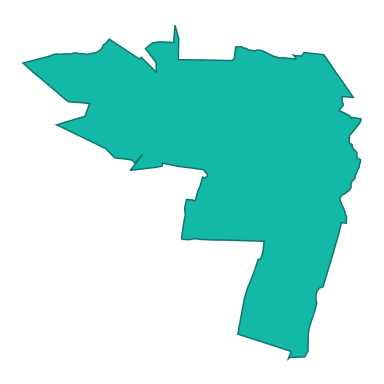 Santa Cruz Xoxocotlán, Oaxaca, Mexico (Albers equal-area conic projection)
{"feature_id": "50627088B97007763045384", "entity_name": "Santa Cruz Xoxocotlán", "entity_type": "district", "adm_level": 2, "iso_a3": "MEX", "parent_name": "Mexico", "parent_adm1": "Oaxaca", "projection": "albers", "projection_center": [-96.747, 17.01], "detail": "fine", "context": "isolated", "style": "filled", "palette": "teal", "viewbox_px": 384, "rotation_deg": 0, "n_neighbors": 0, "source": "geoboundaries", "source_scale": "gbopen_adm2", "svg_char_len": 5379}
<svg xmlns="http://www.w3.org/2000/svg" viewBox="0 0 384 384"><path d="M182.3,232.7L181.5,238.5L182.0,239.3L187.1,239.6L189.1,239.7L192.5,239.0L192.9,238.9L197.8,238.8L199.1,239.4L200.3,239.5L200.5,239.4L203.7,239.5L207.5,239.7L208.4,239.8L214.3,240.0L222.7,240.1L227.5,240.1L230.4,240.2L238.8,240.5L249.9,240.8L256.8,241.0L257.7,241.0L264.1,241.3L263.7,245.0L263.5,247.6L263.3,248.8L263.2,250.0L263.0,251.5L262.9,252.1L262.6,252.9L262.4,253.6L262.3,254.0L261.9,255.1L261.6,256.2L260.6,259.3L260.0,259.3L258.3,259.2L258.1,259.6L257.5,261.5L256.8,263.7L256.6,264.4L256.4,265.0L256.1,265.7L255.5,267.7L254.8,269.6L254.5,270.5L254.2,271.4L253.8,272.7L253.4,273.7L252.6,275.7L251.7,277.8L251.0,279.7L250.7,280.6L250.3,281.4L249.6,283.2L248.8,285.1L248.4,285.9L248.2,286.4L248.0,287.0L247.6,288.2L247.3,288.9L246.8,290.5L246.3,292.3L245.7,294.0L245.2,295.8L244.9,296.6L244.4,298.3L244.3,298.9L237.8,334.1L289.4,350.8L291.0,352.1L289.4,356.0L288.4,358.7L290.1,357.4L291.5,357.3L293.6,357.3L299.8,357.1L300.0,357.1L304.7,356.9L307.9,351.3L308.0,350.1L308.3,334.5L309.2,327.9L311.4,320.8L314.3,312.4L316.7,303.5L315.9,299.1L316.0,295.2L316.8,291.6L319.1,288.3L323.0,286.8L323.4,285.8L332.5,255.3L338.3,235.3L340.1,228.2L341.4,222.8L342.1,222.8L345.6,223.1L346.3,223.2L346.2,222.1L346.2,221.2L346.5,220.1L346.6,217.7L346.4,216.3L345.6,214.6L345.2,213.5L344.9,211.9L344.5,210.4L341.0,202.6L340.6,201.9L340.1,200.5L339.8,199.2L340.2,197.6L341.4,195.8L341.8,195.3L342.7,194.7L343.8,194.3L348.4,191.1L349.6,190.0L350.2,189.0L350.9,187.9L351.1,187.2L351.1,186.2L351.0,185.2L351.0,183.2L351.5,182.0L352.2,181.2L353.4,180.1L355.1,178.3L355.1,177.3L355.0,176.3L355.2,175.4L356.2,174.0L356.4,173.0L356.7,172.4L357.1,171.8L357.4,171.2L357.4,170.5L357.9,169.4L358.6,168.4L359.1,167.4L359.3,165.5L359.6,164.4L360.3,162.2L360.4,161.2L360.6,160.1L360.6,159.8L360.4,159.7L359.4,159.1L358.7,158.7L358.0,158.4L357.4,158.0L356.7,157.6L357.1,155.1L357.0,154.2L356.9,152.9L356.6,152.2L356.4,152.0L354.7,150.1L353.3,148.5L352.2,147.2L352.4,146.4L352.4,145.3L352.1,144.8L351.7,144.4L351.2,144.1L350.5,143.5L349.5,143.5L349.2,142.1L349.4,137.0L349.4,135.1L350.2,134.5L351.2,133.7L355.8,128.1L356.9,126.6L358.2,125.2L358.4,124.9L360.6,121.6L360.7,120.0L361.0,118.9L357.7,118.3L354.6,117.8L352.4,117.5L352.0,117.5L351.8,117.6L351.6,117.8L351.2,118.0L350.9,117.0L350.0,116.1L349.6,115.7L339.0,110.3L339.7,109.4L343.2,105.4L343.2,105.0L342.9,102.9L342.6,102.3L342.2,101.6L342.1,96.5L353.3,97.4L348.7,90.8L343.0,82.4L340.3,78.5L338.2,75.6L337.5,74.5L335.8,72.3L334.5,70.3L334.1,69.6L332.0,66.7L330.9,64.9L327.8,60.5L323.9,54.8L321.1,54.4L319.5,54.3L316.5,53.9L316.4,53.9L315.0,53.8L313.5,53.6L312.0,53.4L311.9,53.4L310.4,53.3L310.2,53.2L307.3,52.9L307.2,52.9L304.1,52.5L303.9,52.7L303.8,52.9L302.6,54.4L301.0,56.2L299.5,55.7L299.4,55.7L298.4,55.8L296.1,55.8L293.4,55.1L294.6,56.4L295.1,57.2L295.5,58.1L295.8,58.9L294.2,58.8L292.5,58.6L290.5,58.5L288.6,58.3L287.6,58.2L286.1,58.0L284.9,57.9L283.4,57.9L281.1,57.9L280.2,57.9L279.3,57.9L278.4,58.1L277.7,57.6L277.1,57.4L275.7,56.7L275.1,56.6L274.3,56.4L273.7,56.3L272.7,55.9L269.8,54.4L263.5,51.3L262.4,50.8L261.8,50.6L260.5,50.4L259.6,50.1L258.9,50.0L257.7,50.0L256.3,50.2L255.7,50.6L253.4,50.6L251.2,50.4L249.8,50.2L248.9,49.9L247.0,49.0L246.7,48.6L246.3,48.4L245.5,48.4L244.1,48.1L242.9,47.6L241.9,46.8L241.3,46.8L240.4,46.7L239.4,46.8L238.6,47.1L238.0,47.0L237.1,46.8L236.0,46.8L235.7,46.9L234.4,58.4L232.0,60.6L204.7,60.0L178.2,59.7L178.8,38.9L175.0,25.3L173.6,42.5L159.9,41.8L152.5,42.9L145.4,48.6L156.1,62.6L156.4,72.3L141.3,57.3L139.3,59.0L109.2,39.1L106.9,42.1L105.3,43.6L102.9,45.4L102.8,46.8L101.9,48.2L101.2,49.2L99.8,50.5L98.6,51.2L96.5,52.3L93.9,53.1L92.0,53.2L88.4,54.3L86.1,54.3L83.7,53.7L81.4,53.6L79.5,53.6L76.5,53.0L73.9,52.9L71.0,54.0L68.6,54.0L66.1,53.9L63.6,53.9L61.0,54.2L58.5,54.4L57.2,53.9L54.3,54.3L53.0,54.8L49.0,56.3L23.0,63.1L25.5,65.3L26.4,66.1L30.0,69.4L31.1,70.3L31.7,70.9L31.9,71.1L33.1,72.3L33.9,72.8L34.0,73.0L35.9,74.5L38.5,76.6L39.5,77.4L43.1,80.4L44.4,81.6L44.5,81.6L46.5,83.4L48.7,85.2L50.7,86.9L54.5,90.1L63.9,98.1L68.2,101.7L77.4,102.4L84.8,103.0L89.6,103.6L85.0,116.3L56.7,124.8L105.6,148.6L109.1,152.1L114.7,157.8L130.7,159.7L131.3,160.4L132.0,159.9L132.9,160.8L133.9,162.0L135.0,163.3L138.4,159.2L138.8,158.7L139.0,158.4L139.2,158.1L139.5,157.9L139.7,157.6L139.9,157.3L140.1,157.1L140.3,156.9L140.5,156.6L140.6,156.4L140.9,156.1L141.1,155.9L141.3,155.6L141.7,155.3L142.1,155.1L142.5,154.9L143.0,154.7L140.7,157.4L135.6,163.6L131.5,168.8L131.2,169.1L130.5,169.9L130.7,170.3L131.6,170.2L135.0,169.8L138.2,169.4L139.8,169.2L146.8,168.4L151.2,167.9L155.6,167.4L156.1,167.3L157.6,167.0L162.1,166.1L162.5,163.2L177.2,166.1L179.8,166.7L180.6,166.6L189.9,167.8L189.9,167.7L190.4,167.8L193.0,168.2L196.6,168.9L196.7,168.6L197.4,168.7L198.8,169.0L200.9,169.4L201.4,169.4L203.0,169.5L203.6,169.8L204.0,170.2L204.7,171.2L205.2,172.4L205.9,171.9L206.8,173.9L207.5,175.6L207.8,175.9L206.7,176.6L204.9,178.3L202.6,177.1L202.4,177.5L202.2,178.1L201.6,180.5L200.2,185.8L197.8,191.3L197.8,191.6L197.7,191.8L196.0,197.9L195.4,199.9L195.2,200.7L192.5,200.4L192.5,199.9L191.1,199.8L189.5,199.7L188.2,199.6L186.6,199.5L184.9,206.5L185.0,207.0L184.9,207.1L184.6,210.0L184.7,210.6L185.2,213.5L185.2,215.6L184.7,218.2L184.5,218.6L184.2,220.3L184.0,221.8L183.7,223.4L183.1,227.3L182.3,232.7Z" fill="#14b8a6" stroke="#0f766e" stroke-width="1.5"/></svg>